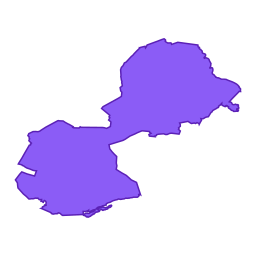 Ņukšu pag., Ludzas, Latvia (Natural Earth projection)
{"feature_id": "27541924B6946008427807", "entity_name": "Ņukšu pag.", "entity_type": "district", "adm_level": 2, "iso_a3": "LVA", "parent_name": "Latvia", "parent_adm1": "Ludzas", "projection": "natural_earth1", "projection_center": [27.716, 56.433], "detail": "fine", "context": "isolated", "style": "filled", "palette": "violet", "viewbox_px": 256, "rotation_deg": 0, "n_neighbors": 0, "source": "geoboundaries", "source_scale": "gbopen_adm2", "svg_char_len": 5756}
<svg xmlns="http://www.w3.org/2000/svg" viewBox="0 0 256 256"><path d="M29.3,145.2L25.0,152.6L21.9,158.1L19.0,162.7L18.3,164.0L21.9,164.8L22.3,165.5L23.5,165.8L25.1,167.0L26.8,168.0L29.8,169.0L33.2,170.4L34.9,170.7L36.5,170.8L34.6,176.0L27.3,174.0L21.8,171.9L19.7,174.2L15.4,179.9L17.4,182.8L17.7,186.0L18.0,188.0L23.4,194.0L26.3,196.4L28.9,199.0L29.7,199.0L31.6,198.7L33.1,198.8L35.6,198.1L37.4,198.3L37.9,198.1L39.3,199.7L41.6,199.5L41.6,199.9L41.1,200.7L41.0,201.3L41.9,201.3L42.6,201.8L43.2,202.4L43.4,202.3L43.5,201.8L44.2,200.6L44.3,200.5L45.3,201.0L45.7,201.3L46.2,202.6L46.0,203.4L46.0,203.9L46.1,205.3L45.7,205.5L45.0,204.9L44.7,204.9L44.5,205.1L44.5,205.5L43.8,206.3L42.6,206.8L42.4,207.0L42.5,207.6L42.2,208.0L41.9,208.2L41.2,208.4L50.5,212.4L51.2,212.9L51.2,213.2L51.3,213.3L51.8,213.5L52.1,213.9L52.3,213.8L53.2,214.1L55.4,213.7L57.3,213.7L57.8,213.5L58.1,212.9L58.7,212.8L60.3,213.5L61.7,214.9L62.2,215.1L62.6,215.4L83.2,214.5L83.2,211.4L85.3,211.5L87.7,210.8L88.3,210.4L88.0,211.3L88.6,211.2L89.0,211.4L90.3,211.3L91.1,211.0L93.3,209.9L94.8,209.6L95.1,209.6L94.9,210.4L93.7,211.4L93.3,211.7L92.9,211.8L91.9,211.9L90.8,212.3L90.2,212.3L89.8,212.7L89.7,213.1L88.9,213.4L86.2,213.1L83.7,214.5L83.2,215.0L83.4,215.3L85.5,215.9L86.4,216.9L87.5,216.8L88.0,217.2L90.5,216.2L90.7,215.9L91.3,215.6L92.1,215.0L92.2,214.7L93.0,214.5L93.1,214.0L94.1,214.0L94.4,213.7L94.4,213.4L95.8,212.4L95.7,212.3L95.9,212.1L96.2,212.2L96.5,212.0L97.1,212.1L97.8,211.8L98.8,211.6L99.4,211.2L99.2,210.7L98.2,210.0L98.3,209.6L99.3,210.3L101.6,209.5L102.0,209.7L102.6,210.3L103.2,210.3L103.7,209.9L105.2,209.8L106.0,209.3L106.8,209.2L107.5,209.0L107.9,208.7L107.9,208.1L108.0,207.9L109.8,207.5L110.6,207.1L111.4,206.2L111.7,205.8L111.7,205.3L112.0,205.2L111.1,205.2L109.8,205.5L108.7,206.1L108.2,206.7L107.8,207.0L105.4,207.7L105.0,207.7L103.6,207.2L101.6,207.2L100.8,207.8L98.4,208.3L98.0,208.5L97.2,209.1L96.7,209.1L96.4,208.9L96.3,208.5L96.5,208.3L97.2,208.0L97.7,207.4L98.6,207.0L100.0,206.7L101.8,206.6L102.1,206.3L102.2,205.9L106.2,205.0L106.1,204.5L106.2,204.0L106.8,203.4L107.2,203.3L107.8,202.9L110.3,202.2L112.8,200.8L116.1,199.8L116.9,199.8L117.1,199.6L118.6,199.0L120.7,199.4L122.2,199.1L124.4,198.8L125.6,198.2L128.0,198.3L128.6,198.1L129.5,198.1L130.3,197.8L132.3,197.6L133.5,197.2L137.4,197.2L138.3,196.6L138.5,196.4L138.8,195.7L139.1,195.6L138.7,194.5L139.7,194.2L140.5,194.7L136.5,182.4L131.3,179.9L126.3,175.4L121.8,172.9L116.2,169.4L116.9,165.8L116.5,164.1L116.3,163.0L116.7,156.5L114.3,154.2L111.9,151.6L109.8,148.9L109.0,144.7L123.0,140.4L125.1,139.3L129.9,136.1L135.0,133.9L137.4,132.7L142.0,130.8L149.5,131.5L149.6,132.3L151.0,133.3L148.9,134.5L149.4,136.1L155.0,136.7L154.7,136.1L156.4,135.6L156.6,134.7L158.4,134.2L163.7,133.8L165.5,134.5L167.1,134.5L169.7,133.4L171.4,133.2L179.1,134.1L180.3,131.0L178.5,129.3L179.0,128.6L178.6,127.8L180.3,126.3L180.3,124.6L179.6,123.0L188.0,121.4L190.6,123.1L191.5,123.5L194.3,123.0L195.6,123.5L197.0,122.6L199.0,123.6L199.2,124.4L200.4,122.1L201.5,120.3L200.9,118.6L202.3,118.8L202.9,118.8L203.8,118.4L205.2,117.5L206.2,117.1L208.4,116.7L210.6,113.1L211.2,112.3L211.9,112.0L212.7,110.6L214.0,109.8L216.6,108.4L217.9,107.4L218.3,107.5L218.8,106.7L218.7,106.1L219.6,105.3L220.3,105.1L221.1,104.0L221.7,103.4L221.6,104.4L221.8,104.9L222.3,105.4L224.9,106.6L225.6,106.6L226.2,106.3L226.3,106.1L225.9,105.7L226.0,105.6L226.6,105.5L227.1,105.7L227.8,106.5L228.6,106.6L228.6,106.8L228.3,107.2L228.3,107.5L228.4,107.8L228.9,108.3L230.3,109.2L231.4,110.3L233.0,110.7L233.6,111.4L235.0,111.4L236.2,111.2L237.9,111.3L238.5,110.1L238.1,109.8L237.4,109.9L236.8,109.7L236.7,109.5L236.8,108.9L237.1,108.6L238.0,108.5L238.7,108.3L238.8,107.9L238.6,107.0L238.1,106.3L238.1,105.9L238.4,105.5L238.4,105.2L238.1,104.8L237.8,104.6L236.6,104.8L235.7,104.2L233.8,104.7L232.8,104.5L232.3,104.2L231.7,103.0L231.5,102.6L230.8,102.2L229.3,101.8L232.3,98.5L237.9,92.8L239.0,91.5L240.6,91.5L240.4,90.2L240.6,89.0L238.9,86.9L239.1,86.6L238.0,85.3L236.6,84.1L234.5,82.9L232.4,81.9L227.6,80.1L226.2,79.4L224.0,79.2L221.5,79.2L218.7,77.9L217.1,77.7L216.2,77.3L215.8,77.2L215.8,76.8L215.0,76.2L214.3,75.1L212.7,74.0L212.4,73.7L212.2,72.7L212.5,71.7L212.8,70.9L212.9,70.0L212.9,69.5L212.6,68.2L212.2,67.8L211.7,67.7L210.2,68.1L209.8,68.0L209.8,67.6L210.4,66.9L210.6,66.4L210.8,65.0L210.8,64.4L211.0,63.6L210.1,61.9L209.7,61.4L209.1,59.7L208.7,59.1L208.0,58.5L206.1,57.8L205.4,57.8L205.0,58.1L204.4,58.3L204.2,58.0L204.1,57.5L205.6,55.9L205.6,54.8L205.5,54.4L205.2,54.1L202.6,53.1L202.3,52.8L202.2,52.3L202.2,51.1L201.2,50.2L200.6,49.3L200.0,49.2L199.2,48.4L199.2,47.7L199.4,47.4L198.1,46.8L197.9,45.0L177.8,42.3L171.6,44.4L171.2,43.1L170.8,42.9L167.7,43.0L165.6,41.7L165.4,41.5L165.2,41.1L165.6,40.3L165.5,39.9L164.1,38.8L161.9,39.5L157.5,41.2L147.1,45.0L146.2,46.9L145.5,47.9L145.0,46.3L140.5,47.4L139.9,47.8L139.4,47.7L139.4,48.4L136.6,51.1L134.2,53.6L132.8,55.3L131.4,56.4L126.1,62.1L124.4,62.9L123.1,65.6L121.4,67.4L120.6,69.7L121.0,75.4L120.8,76.5L121.2,78.8L121.3,79.6L121.6,80.8L121.9,81.3L121.7,83.0L122.0,83.6L122.3,85.8L120.1,87.6L120.7,90.9L121.8,92.2L121.8,92.8L121.4,96.4L118.1,98.4L103.0,106.7L101.6,108.5L109.8,115.3L109.0,116.9L109.8,117.6L109.4,118.7L108.6,120.0L110.8,121.8L110.9,122.4L110.6,124.8L110.4,125.7L110.4,126.5L106.6,128.4L104.1,127.7L102.6,127.5L80.7,127.3L80.2,126.8L79.9,127.0L79.1,128.0L73.6,127.8L72.7,127.4L73.2,126.7L68.8,124.2L68.2,124.0L64.9,122.2L63.2,121.0L59.1,120.8L58.4,120.6L57.6,120.8L45.9,127.1L41.2,130.1L39.5,131.3L37.9,131.7L35.5,131.5L33.0,131.6L28.8,133.6L27.9,135.7L29.0,136.6L29.2,138.4L29.6,138.6L29.6,139.0L29.0,140.1L28.9,140.6L29.5,141.5L30.1,141.9L30.5,142.3L31.4,143.1L30.5,144.0L30.7,144.3L30.7,144.7L30.1,145.1L29.3,145.2Z" fill="#8b5cf6" stroke="#5b21b6" stroke-width="1.5"/></svg>